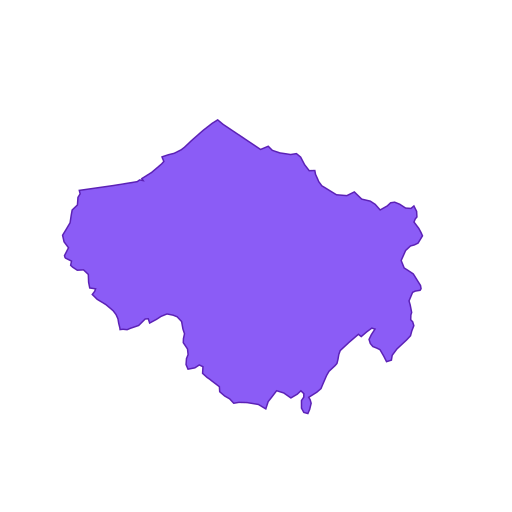 Kofinou, Larnaca, Cyprus (orthographic projection), rotated 317°
{"feature_id": "46923920B74621954972272", "entity_name": "Kofinou", "entity_type": "district", "adm_level": 2, "iso_a3": "CYP", "parent_name": "Cyprus", "parent_adm1": "Larnaca", "projection": "orthographic", "projection_center": [33.399, 34.838], "detail": "fine", "context": "isolated", "style": "filled", "palette": "violet", "viewbox_px": 512, "rotation_deg": 317, "n_neighbors": 0, "source": "geoboundaries", "source_scale": "gbopen_adm2", "svg_char_len": 2602}
<svg xmlns="http://www.w3.org/2000/svg" viewBox="0 0 512 512"><g transform="rotate(317 256 256)"><path d="M106.4,217.1L108.8,218.9L111.5,222.0L114.8,223.2L122.8,226.8L132.0,226.5L134.4,228.4L132.5,232.5L140.2,234.5L145.4,235.4L151.2,237.6L151.7,238.1L155.0,242.7L156.9,246.7L156.9,253.2L152.8,259.5L150.7,264.1L146.5,267.0L143.7,269.8L142.5,277.3L139.1,281.8L135.2,283.6L130.8,287.7L129.1,292.4L135.0,296.1L140.2,297.0L141.7,300.8L136.9,305.4L137.4,311.5L138.1,314.5L138.4,316.8L140.1,326.6L136.9,330.5L137.6,337.0L139.3,342.5L139.3,348.5L143.7,351.4L149.5,357.1L156.5,366.2L158.4,372.8L158.9,374.5L165.6,370.8L170.9,370.0L179.2,368.6L182.9,375.1L184.7,383.6L191.9,385.2L196.9,385.2L197.1,389.3L194.7,391.8L190.7,392.7L185.5,398.3L184.3,403.0L186.5,406.6L190.6,404.8L195.9,401.3L197.6,398.0L198.2,395.3L207.6,397.1L213.1,397.3L216.8,395.6L226.2,391.5L230.8,390.1L239.1,390.1L241.9,389.8L245.3,387.6L249.4,384.5L253.1,382.6L258.2,382.6L265.1,382.6L277.5,383.1L278.0,386.7L285.3,387.0L291.5,387.7L293.2,390.6L286.7,392.2L281.8,394.1L279.9,398.0L279.7,401.9L281.6,405.9L282.8,409.1L281.1,416.5L279.4,422.3L284.0,424.5L287.9,421.5L295.6,420.1L305.1,420.1L308.9,420.1L314.6,419.7L317.0,418.2L318.9,417.0L323.9,414.6L325.7,411.0L325.7,408.1L329.1,404.7L331.3,403.5L335.3,397.1L337.3,393.2L345.7,389.4L348.6,390.3L352.6,393.0L354.4,392.5L356.2,389.8L357.2,384.6L358.8,376.4L357.2,369.6L356.2,365.8L359.1,358.3L369.2,354.0L375.8,354.0L379.4,355.9L383.3,357.1L391.5,354.8L392.7,351.4L393.9,346.8L394.7,338.9L397.8,337.5L400.3,337.2L403.4,333.5L403.9,332.9L405.6,327.1L401.8,326.9L398.1,323.0L396.4,316.1L394.1,311.2L390.8,308.9L386.1,308.9L378.2,307.0L378.4,299.5L377.0,293.8L372.1,286.5L371.6,276.2L363.6,273.8L356.6,266.1L352.9,252.6L352.0,249.6L352.6,244.4L353.7,241.4L355.2,236.9L357.3,233.6L353.1,229.9L353.8,222.4L356.1,214.1L355.4,208.7L350.5,205.4L346.5,200.3L343.7,196.8L340.0,189.9L339.8,184.1L332.0,181.2L321.7,137.3L320.8,130.3L314.6,129.1L303.6,128.1L298.3,127.9L287.3,127.6L277.8,127.7L273.7,127.3L266.2,125.1L261.0,122.2L254.9,119.4L254.5,120.2L253.1,124.0L249.8,124.3L236.7,123.7L225.3,121.5L224.9,123.9L222.8,121.0L219.8,120.6L199.9,107.3L171.5,87.5L169.8,90.6L165.8,91.7L160.2,96.9L152.9,97.0L148.5,100.3L142.7,104.9L135.2,107.1L128.7,108.9L125.3,114.7L124.5,122.1L116.2,125.1L115.3,126.9L115.3,127.8L117.6,133.9L114.1,136.4L114.3,139.2L115.6,144.5L120.4,148.5L120.8,155.1L115.7,161.0L112.6,166.0L116.3,170.6L114.0,171.8L110.0,172.5L110.3,179.3L113.1,189.3L114.2,198.6L113.7,203.4L112.2,207.8L109.8,211.4L107.3,215.9L106.4,217.1Z" fill="#8b5cf6" stroke="#5b21b6" stroke-width="1.5"/></g></svg>